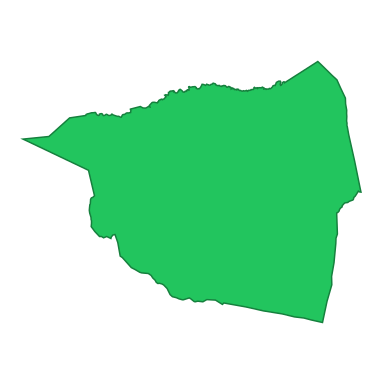 outline of Santiago Xiacuí, Oaxaca, Mexico
{"feature_id": "50627088B71716696666560", "entity_name": "Santiago Xiacuí", "entity_type": "district", "adm_level": 2, "iso_a3": "MEX", "parent_name": "Mexico", "parent_adm1": "Oaxaca", "projection": "orthographic", "projection_center": [-96.402, 17.272], "detail": "fine", "context": "isolated", "style": "filled", "palette": "green", "viewbox_px": 384, "rotation_deg": 0, "n_neighbors": 0, "source": "geoboundaries", "source_scale": "gbopen_adm2", "svg_char_len": 5558}
<svg xmlns="http://www.w3.org/2000/svg" viewBox="0 0 384 384"><path d="M361.0,192.1L360.3,189.0L354.5,160.5L348.7,134.6L347.3,126.7L346.9,125.4L347.0,123.2L346.6,121.1L346.8,116.5L346.6,113.4L346.7,110.2L345.6,103.9L345.4,98.1L340.5,87.8L336.9,79.8L332.2,75.5L321.0,64.5L317.8,61.5L284.7,82.7L284.6,82.2L284.4,82.0L284.1,81.8L283.5,81.9L282.9,82.3L282.6,82.6L282.2,83.6L281.5,84.9L280.7,85.4L280.4,85.0L280.2,84.3L280.4,82.9L280.8,82.2L280.4,81.2L278.9,81.1L278.3,81.3L276.4,82.4L275.2,85.5L274.3,85.3L272.9,85.9L272.3,87.1L271.0,88.3L270.3,88.7L269.3,88.4L268.6,89.1L266.6,89.0L266.3,89.4L266.1,89.4L265.8,88.8L265.0,88.8L263.9,89.0L264.1,88.4L263.9,87.8L263.5,87.8L263.1,87.5L262.5,87.2L262.3,87.5L261.9,87.4L261.7,87.8L261.0,87.8L260.5,87.7L260.1,87.8L259.7,87.7L259.2,87.7L258.8,87.7L258.1,88.1L257.8,87.9L257.6,88.2L257.4,87.8L256.9,87.7L256.4,88.1L255.9,88.3L255.2,87.8L254.4,87.3L254.0,87.6L253.9,87.9L254.0,88.4L253.6,89.2L253.0,89.6L252.5,89.4L251.6,89.6L251.1,89.6L250.8,90.2L250.4,90.1L250.1,90.3L249.7,90.3L249.3,90.4L248.9,90.5L248.7,90.4L248.4,90.7L248.2,90.5L247.6,90.8L247.3,91.2L246.9,90.8L246.3,90.4L245.8,90.8L244.9,90.9L244.0,91.0L243.6,90.7L243.1,90.8L242.6,91.1L242.1,91.1L241.2,90.9L240.9,90.6L240.4,90.4L239.7,90.6L239.1,90.3L238.8,89.9L238.6,89.4L237.9,89.2L237.7,89.5L237.1,89.2L237.0,89.6L236.7,89.9L236.3,89.6L235.9,89.7L235.6,89.5L235.3,89.4L234.8,89.3L234.4,89.5L234.2,89.1L233.8,88.6L233.3,88.7L233.2,88.5L232.7,88.7L232.3,88.5L232.3,88.2L231.9,88.4L231.5,88.7L231.6,88.1L231.4,87.9L231.2,88.1L231.2,87.8L230.9,87.5L230.7,87.5L230.4,87.2L230.0,87.3L229.9,86.9L229.7,86.8L229.0,86.5L228.4,86.5L228.0,86.9L227.6,87.0L227.3,87.3L226.7,87.2L226.4,86.8L225.9,86.3L225.5,85.8L225.0,85.6L224.6,85.8L223.9,85.4L223.2,85.8L222.5,85.8L222.0,86.3L221.5,86.1L221.3,86.4L220.7,86.3L219.9,86.0L219.6,85.5L218.8,85.4L218.2,85.7L217.0,85.5L216.7,85.1L215.8,84.9L215.6,84.2L215.1,83.7L214.2,83.5L213.3,83.4L213.1,83.2L212.1,84.2L211.1,84.3L210.4,85.0L208.9,85.2L208.4,84.8L207.9,84.7L206.7,84.2L205.5,85.4L203.7,84.5L202.1,84.3L201.2,86.2L200.5,87.4L199.3,88.7L198.7,88.6L197.8,89.0L196.3,88.4L196.4,87.6L195.6,87.1L195.1,86.6L194.2,86.6L193.4,86.8L193.0,86.7L190.4,87.3L189.5,86.6L188.8,86.7L188.6,87.1L189.0,87.7L189.0,88.7L189.0,89.7L188.9,90.1L187.7,89.7L187.1,90.0L186.7,90.9L186.4,90.8L186.1,91.3L185.7,91.1L185.1,91.3L184.8,91.8L184.6,92.0L184.4,91.9L184.0,92.1L183.7,92.1L183.2,92.1L182.9,91.7L182.6,91.4L182.2,90.9L180.9,89.8L180.6,89.7L180.4,89.4L179.9,89.5L179.6,89.5L179.4,89.7L179.2,90.2L178.8,90.3L178.8,90.8L178.5,90.8L178.2,91.3L178.2,91.7L177.9,91.9L177.6,92.2L177.3,92.7L177.0,92.9L176.6,92.9L176.1,92.9L175.6,92.9L175.4,92.9L175.1,92.6L174.8,92.3L174.6,91.9L174.5,91.7L174.2,91.6L174.2,91.3L173.9,91.0L173.8,90.9L173.6,91.1L173.5,91.3L173.4,91.0L173.2,90.9L172.9,91.0L172.8,90.8L172.3,90.9L171.9,91.0L171.4,91.0L171.0,91.3L170.9,91.1L170.4,91.1L170.1,91.4L169.6,91.5L169.4,92.0L169.0,92.5L168.5,92.5L168.5,93.2L168.4,94.3L168.5,94.8L168.1,95.3L167.4,94.9L167.0,95.0L165.8,94.7L164.7,95.2L166.0,96.8L164.5,98.3L164.2,98.9L163.7,99.0L162.6,99.7L161.9,99.1L160.6,99.5L160.6,99.8L159.7,99.9L158.8,100.5L158.5,101.7L158.0,101.7L157.5,102.8L156.4,102.7L154.5,102.3L152.8,102.3L152.0,102.6L150.5,104.2L149.4,105.4L149.9,106.9L148.9,106.5L148.7,106.4L146.5,107.7L145.4,108.1L143.9,108.0L142.9,107.9L142.5,107.7L140.3,106.5L139.3,106.8L137.7,107.2L130.4,109.1L130.4,109.3L130.4,109.5L130.5,109.8L130.7,110.0L130.9,110.4L130.9,110.6L130.8,111.2L130.6,111.8L130.5,112.1L130.6,112.5L130.2,112.6L129.8,112.7L129.1,112.8L128.7,112.9L128.2,113.0L127.6,112.9L127.0,112.9L126.1,113.2L125.7,113.7L124.2,114.5L123.2,114.5L122.5,114.9L122.4,115.0L122.0,115.7L121.8,116.2L121.7,116.5L121.3,117.2L120.6,117.2L118.8,116.3L117.2,116.3L115.4,115.7L113.3,115.0L112.8,114.7L112.0,114.1L111.9,114.1L111.6,114.2L111.5,114.3L110.9,115.2L109.6,115.5L108.5,115.4L106.7,114.3L106.0,114.4L105.9,114.5L105.0,115.2L104.8,115.3L104.7,115.3L104.1,115.5L103.7,115.6L103.2,115.5L102.8,114.8L102.5,114.2L102.4,114.1L102.0,113.8L101.9,113.7L101.1,113.6L100.3,113.8L99.7,114.0L99.4,114.1L99.3,114.7L99.1,115.3L98.7,115.4L98.4,115.5L97.5,115.2L97.2,114.9L96.9,114.7L96.2,113.9L96.1,113.6L95.9,113.1L95.7,112.8L95.4,112.5L94.7,112.5L93.6,112.7L93.1,112.7L91.4,112.8L91.1,112.9L90.7,113.0L89.1,113.5L87.4,113.9L86.2,114.4L85.7,115.2L85.7,115.5L69.6,117.9L48.9,136.5L23.0,139.1L88.5,170.3L94.5,195.8L92.7,197.4L91.4,197.9L90.6,199.3L90.3,203.9L89.8,204.8L89.5,207.8L89.3,210.2L89.5,211.8L89.7,213.1L91.0,217.4L91.1,219.6L91.5,220.7L91.5,223.4L91.2,226.6L94.8,231.5L99.5,236.5L101.5,236.5L103.6,237.8L106.7,236.5L110.9,238.5L111.3,237.0L112.9,235.0L115.0,234.5L117.7,242.3L117.8,242.6L120.2,256.1L122.3,257.5L131.3,267.6L135.2,269.6L139.8,272.3L141.7,272.9L148.3,273.5L151.1,275.4L152.8,278.0L155.1,280.2L156.3,282.4L157.9,283.5L159.4,283.3L161.8,283.9L163.6,284.9L167.1,288.5L170.1,294.6L172.4,296.7L176.4,297.7L179.1,298.9L182.4,299.8L183.4,299.8L189.3,297.9L190.6,298.7L194.1,301.5L195.1,301.8L197.8,301.2L202.9,301.8L206.8,299.6L215.5,300.1L222.4,304.4L223.9,303.0L245.7,306.9L263.5,310.9L282.2,313.9L294.5,316.9L303.8,318.0L311.4,320.0L322.5,322.5L327.0,301.4L331.8,284.8L331.6,276.4L334.0,262.8L334.5,257.4L335.8,243.7L336.0,238.2L337.4,234.0L336.7,214.0L336.8,212.9L337.9,212.4L339.0,211.2L339.5,209.6L340.4,208.2L342.1,206.9L342.2,205.7L344.5,203.1L345.5,202.8L347.7,202.5L349.3,201.3L351.8,200.4L352.9,200.0L353.5,199.1L353.8,197.5L355.1,196.3L356.5,194.2L358.3,191.2L358.7,191.6L359.9,192.0L361.0,192.1Z" fill="#22c55e" stroke="#15803d" stroke-width="1.5"/></svg>